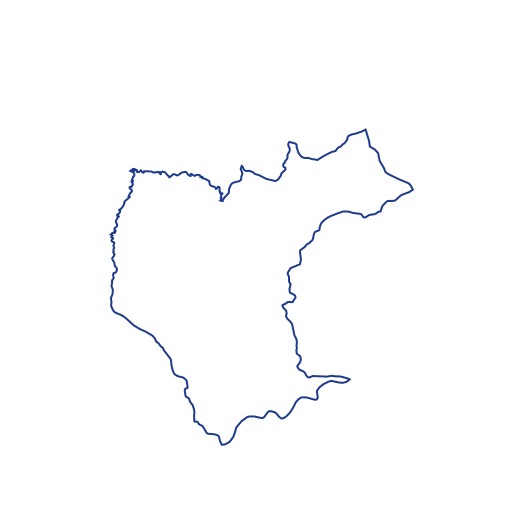 Vijes, Valle del Cauca, Colombia (Albers equal-area conic projection), rotated 40°
{"feature_id": "7082276B51677864129735", "entity_name": "Vijes", "entity_type": "district", "adm_level": 2, "iso_a3": "COL", "parent_name": "Colombia", "parent_adm1": "Valle del Cauca", "projection": "albers", "projection_center": [-76.484, 3.756], "detail": "fine", "context": "isolated", "style": "outline", "palette": "blue", "viewbox_px": 512, "rotation_deg": 40, "n_neighbors": 0, "source": "geoboundaries", "source_scale": "gbopen_adm2", "svg_char_len": 6158}
<svg xmlns="http://www.w3.org/2000/svg" viewBox="0 0 512 512"><g transform="rotate(40 256 256)"><path d="M407.0,290.3L404.6,291.0L398.3,293.9L394.1,297.2L390.8,299.3L387.9,302.8L376.7,311.4L374.8,314.9L374.2,315.3L372.9,315.5L370.9,315.1L368.6,314.1L367.2,313.9L365.8,314.1L362.9,315.1L361.4,315.1L358.8,314.2L358.3,313.4L358.1,309.2L357.1,306.9L356.1,305.6L354.2,304.4L350.7,304.6L349.5,304.2L347.5,302.2L346.3,300.0L344.5,298.5L343.2,296.4L341.4,294.4L340.0,293.5L336.5,292.1L327.3,284.9L324.0,284.1L321.1,284.0L318.5,283.3L317.6,282.8L316.4,280.3L314.9,279.0L313.7,278.4L310.4,278.1L308.3,277.2L307.9,276.7L308.1,275.8L309.0,274.3L309.6,272.7L309.8,271.2L310.4,270.2L313.3,268.3L313.5,267.8L313.7,267.1L313.2,265.3L313.1,262.6L311.6,261.3L310.9,261.2L308.7,261.4L306.2,262.2L305.2,262.0L304.0,261.0L302.7,259.5L300.7,255.4L298.7,254.8L297.4,253.9L294.5,250.6L292.2,249.6L291.3,248.8L290.9,247.5L290.3,242.9L295.0,234.1L292.6,229.7L286.7,224.3L286.4,223.6L286.3,222.9L287.5,217.7L287.4,214.8L288.4,212.0L289.0,207.8L288.7,206.5L286.2,201.8L285.8,200.2L285.9,199.2L287.8,195.8L287.8,195.2L286.4,193.1L285.3,190.4L284.9,188.4L285.2,184.7L286.1,180.8L287.6,177.3L291.1,170.9L293.9,166.3L294.8,165.3L298.1,162.7L303.1,160.4L308.7,156.8L310.1,156.4L313.0,157.1L313.8,157.0L314.3,156.8L315.2,155.6L316.1,152.5L316.7,151.4L319.8,147.9L320.7,146.3L321.3,143.5L322.8,141.8L320.9,137.1L320.7,135.6L321.1,130.4L321.7,129.0L325.4,125.9L327.0,123.9L327.9,117.1L328.4,115.5L332.3,108.5L333.5,104.4L330.0,102.8L327.6,102.3L325.8,102.3L315.6,105.5L305.1,108.1L302.3,108.5L301.1,108.4L297.2,106.3L289.5,103.6L283.6,98.8L278.6,98.0L272.9,99.0L268.8,95.3L258.7,88.7L257.0,92.6L254.3,97.3L251.0,101.6L249.7,104.6L249.7,105.8L251.1,108.3L251.3,110.7L251.2,113.2L250.6,114.8L250.6,117.4L249.2,120.5L249.4,124.3L248.2,126.3L247.3,127.3L245.3,131.7L243.3,136.8L241.3,143.1L239.3,144.0L236.8,145.7L233.5,147.0L230.0,149.8L227.5,150.7L225.2,150.5L222.1,149.6L217.2,146.5L215.7,144.8L214.7,144.5L213.7,144.6L208.2,147.2L208.4,148.8L209.4,150.4L213.0,152.2L214.3,154.1L214.7,155.4L214.7,156.6L215.2,158.3L216.1,159.6L216.8,160.2L217.4,161.4L217.4,164.9L218.1,166.0L217.7,167.4L218.0,168.3L219.0,169.5L219.8,169.9L222.0,169.6L223.1,170.9L222.4,175.8L222.6,176.9L223.4,178.4L223.7,183.5L222.7,186.1L214.4,190.3L206.5,192.1L202.3,193.9L199.8,193.8L197.5,194.5L195.4,195.6L194.2,197.0L192.7,197.6L190.9,197.5L188.4,196.2L187.2,196.2L188.2,199.0L192.8,201.7L193.7,204.6L195.4,206.8L195.4,208.4L195.1,209.4L191.6,214.2L191.0,215.9L190.9,217.2L192.2,221.9L194.6,225.1L194.3,232.4L195.1,235.5L193.1,236.4L193.3,235.1L192.1,234.6L191.9,234.4L192.0,233.5L190.6,232.5L190.0,231.5L190.2,229.8L189.9,229.6L188.6,230.9L187.8,230.9L186.9,229.6L186.0,229.5L184.6,227.5L183.7,226.9L183.0,226.9L182.3,227.5L182.6,229.4L182.2,230.3L181.3,229.8L179.7,229.8L178.7,230.1L178.4,230.5L175.6,231.2L174.5,230.8L171.9,228.7L167.5,229.6L165.8,230.3L165.0,230.9L164.0,229.9L162.7,231.3L161.6,230.3L160.6,230.4L158.4,231.9L157.4,234.2L153.7,234.7L153.4,235.3L154.5,236.6L154.2,237.0L151.8,237.4L149.0,236.6L147.5,237.1L145.2,240.3L145.1,242.2L144.3,243.7L144.2,244.6L143.1,245.2L140.8,245.8L140.0,246.7L139.3,251.2L138.7,251.4L137.6,251.0L135.5,250.9L132.7,250.3L130.3,251.3L129.4,252.7L130.4,254.3L130.3,254.7L128.6,254.5L128.2,254.0L127.4,254.1L123.8,258.1L121.6,258.4L120.3,259.6L118.2,260.9L116.4,262.6L115.9,263.2L116.4,264.0L116.2,264.6L115.0,264.8L112.8,264.4L112.5,266.5L111.6,267.8L110.8,268.0L109.5,266.8L109.0,266.9L108.1,268.7L107.4,268.7L107.2,267.5L106.5,267.8L105.7,268.4L105.8,269.2L106.3,269.6L106.3,270.1L105.0,271.0L105.0,271.7L108.2,270.7L109.3,270.9L110.2,271.5L111.2,272.9L110.9,274.5L111.5,275.5L111.8,276.9L113.2,277.3L113.6,277.9L112.5,278.6L112.5,278.8L113.1,279.3L114.9,279.7L115.9,280.7L115.8,282.1L116.3,282.8L115.1,283.8L115.1,284.8L115.8,285.4L118.4,285.3L119.3,286.1L119.5,287.3L119.1,288.1L119.9,291.7L120.1,292.2L121.1,291.7L121.4,292.1L120.4,297.9L120.5,299.5L121.4,300.5L122.2,303.6L122.2,307.3L121.5,308.4L122.0,309.0L122.9,308.9L123.5,309.7L123.8,311.7L123.1,313.1L123.2,313.9L124.1,314.5L125.1,313.8L125.5,313.9L125.6,317.2L126.5,319.8L129.3,321.2L130.1,321.8L130.3,323.2L129.9,324.9L130.1,326.2L130.7,326.6L132.0,326.7L132.3,327.0L131.7,327.8L131.7,328.2L132.8,328.4L133.0,328.9L132.8,329.3L132.0,329.7L131.4,330.5L131.0,331.4L131.5,332.1L131.1,332.8L132.8,332.6L132.8,334.1L133.1,334.6L134.7,334.1L135.3,334.4L135.1,336.3L135.2,336.9L135.9,337.4L136.7,337.4L138.4,336.8L139.2,337.2L140.1,339.8L142.1,340.8L142.5,342.6L144.1,343.9L144.0,344.4L144.2,344.9L146.6,345.7L147.2,348.0L147.2,349.9L147.8,350.7L151.9,352.3L154.1,354.3L156.9,354.8L157.6,355.2L158.8,356.8L159.1,358.1L158.9,359.4L158.1,360.2L158.0,361.1L158.9,362.6L161.1,364.3L161.4,365.3L161.4,367.2L162.7,368.7L164.8,372.1L167.3,373.3L168.4,374.4L170.7,377.6L171.8,381.4L175.0,384.3L176.7,386.9L177.9,387.8L181.8,389.6L184.2,389.9L190.9,387.8L193.8,387.4L196.3,387.3L207.4,387.7L214.1,386.6L219.6,385.0L227.7,383.6L230.1,383.9L232.4,384.5L234.5,385.7L237.6,385.5L240.9,386.4L243.8,386.3L246.4,387.5L256.1,389.6L257.4,390.2L259.3,391.7L260.4,393.1L263.9,395.9L266.5,397.6L269.1,398.8L271.9,398.7L274.1,398.0L278.3,395.9L281.4,395.8L283.3,396.3L288.3,400.8L287.2,403.1L287.6,404.6L291.9,408.4L293.2,408.8L295.4,408.2L296.4,408.3L299.3,410.1L303.4,411.0L306.9,413.2L309.0,415.0L311.3,418.2L314.9,422.1L315.4,422.3L317.4,420.8L318.2,420.7L320.5,421.5L324.4,420.6L332.2,423.3L333.7,422.9L337.8,419.9L339.8,418.8L341.0,418.3L343.0,418.0L343.6,418.1L347.4,420.9L351.1,422.6L353.2,420.4L354.6,417.4L355.2,415.1L355.2,413.3L354.8,408.8L352.7,403.3L351.5,401.0L351.1,399.0L351.1,391.7L352.8,385.0L354.0,383.2L357.7,380.1L364.0,376.8L364.9,376.1L365.8,374.3L365.4,368.3L365.9,366.1L370.5,363.7L372.8,363.5L377.3,364.4L379.9,364.1L380.8,363.3L381.6,361.7L382.3,359.3L382.7,354.5L382.0,348.7L380.5,342.3L380.6,338.6L381.4,335.7L382.2,334.6L385.7,331.8L392.0,329.0L393.8,328.0L394.6,327.1L394.8,326.1L394.1,324.5L390.3,321.2L389.6,320.4L389.3,319.5L389.0,315.6L390.1,310.7L392.2,305.9L393.9,303.3L401.3,299.3L403.8,297.5L404.9,296.1L406.1,294.4L406.6,292.8L407.0,290.3Z" fill="none" stroke="#1e3a8a" stroke-width="2"/></g></svg>